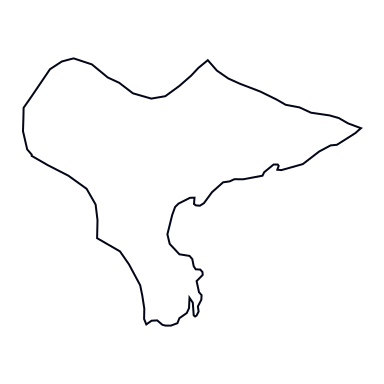 outline of Riwon, Hamgyŏng-namdo, North Korea
{"feature_id": "82179303B95293101027847", "entity_name": "Riwon", "entity_type": "district", "adm_level": 2, "iso_a3": "PRK", "parent_name": "North Korea", "parent_adm1": "Hamgyŏng-namdo", "projection": "orthographic", "projection_center": [128.649, 40.322], "detail": "fine", "context": "isolated", "style": "outline", "palette": "ink", "viewbox_px": 384, "rotation_deg": 0, "n_neighbors": 0, "source": "geoboundaries", "source_scale": "gbopen_adm2", "svg_char_len": 1361}
<svg xmlns="http://www.w3.org/2000/svg" viewBox="0 0 384 384"><path d="M146.3,324.4L151.6,320.7L157.2,320.4L162.4,324.8L165.5,325.6L170.9,325.6L177.4,323.2L179.4,318.2L186.8,313.0L189.0,308.2L189.5,297.8L192.8,302.7L193.7,315.3L195.1,316.5L196.6,315.5L198.6,311.6L198.0,307.1L197.9,306.4L201.3,299.8L201.6,295.2L199.0,292.2L196.6,281.1L202.7,274.9L202.5,272.1L200.3,269.6L195.7,269.3L193.7,266.2L192.3,259.1L189.5,255.9L179.4,254.3L169.7,243.9L167.4,234.3L172.2,215.0L175.1,207.0L178.5,203.6L190.0,197.8L194.5,197.7L194.0,204.0L195.9,205.4L199.9,205.7L203.9,203.2L212.0,192.2L223.1,182.3L229.6,181.4L234.4,179.2L243.1,179.3L262.5,175.7L264.2,172.2L273.6,164.5L277.7,164.5L278.7,165.9L277.3,169.7L281.4,170.1L302.8,164.1L319.2,151.5L330.6,145.4L336.9,144.8L355.5,133.0L357.7,131.0L361.0,128.2L354.8,125.9L347.9,123.3L338.7,118.0L329.5,115.4L311.0,112.7L299.5,107.4L285.7,104.8L276.5,99.5L260.4,91.6L239.8,83.7L228.3,78.5L216.9,70.6L207.8,60.2L198.4,67.9L191.2,75.6L179.4,85.9L165.3,96.2L151.3,98.6L132.9,93.3L119.2,82.8L107.8,77.5L91.9,64.4L73.7,58.4L71.1,59.0L61.8,61.5L50.0,69.2L30.8,97.5L23.6,107.8L23.4,118.2L23.0,131.2L27.2,149.4L31.7,154.6L31.7,155.9L47.7,165.1L68.4,175.7L86.6,188.8L95.6,204.5L97.5,220.1L97.1,238.2L120.0,251.4L129.0,264.4L140.2,285.3L142.3,295.7L144.3,308.6L144.1,319.0L146.3,324.4Z" fill="none" stroke="#020617" stroke-width="2"/></svg>